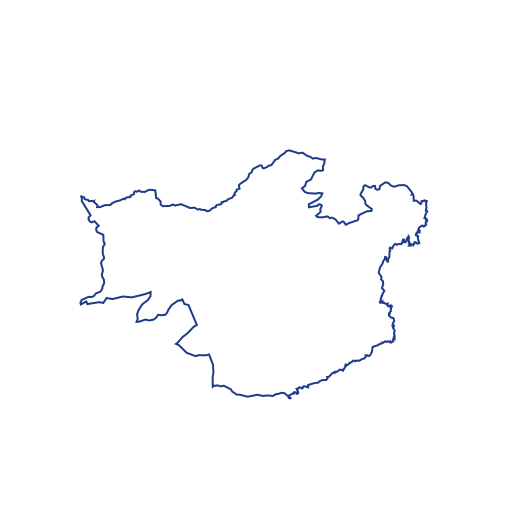 the district of Ho Municipal, Volta, Ghana, rotated 56°
{"feature_id": "2480657B35240131522033", "entity_name": "Ho Municipal", "entity_type": "district", "adm_level": 2, "iso_a3": "GHA", "parent_name": "Ghana", "parent_adm1": "Volta", "projection": "natural_earth1", "projection_center": [0.554, 6.677], "detail": "fine", "context": "isolated", "style": "outline", "palette": "blue", "viewbox_px": 512, "rotation_deg": 56, "n_neighbors": 0, "source": "geoboundaries", "source_scale": "gbopen_adm2", "svg_char_len": 6136}
<svg xmlns="http://www.w3.org/2000/svg" viewBox="0 0 512 512"><g transform="rotate(56 256 256)"><path d="M390.1,307.9L390.5,303.1L391.2,301.7L390.4,301.5L390.2,300.4L391.7,299.1L392.9,299.3L393.5,298.6L392.7,297.1L389.8,296.8L389.6,295.8L389.0,296.2L389.3,293.2L391.5,292.0L391.5,290.9L390.6,290.2L391.0,288.8L394.0,286.2L392.3,285.3L392.7,284.8L392.3,284.2L394.2,278.2L395.8,275.2L395.4,273.0L396.0,270.3L398.0,267.3L397.6,265.3L396.1,264.8L396.9,263.1L395.8,258.3L395.9,257.1L396.9,256.2L396.1,255.4L397.2,253.9L397.1,249.9L399.6,248.0L398.7,247.4L399.1,246.5L397.7,244.0L396.4,242.7L397.3,242.6L396.8,241.8L397.5,241.0L397.4,238.5L396.9,238.0L397.5,236.3L397.1,234.1L397.6,233.1L398.7,232.7L399.2,230.6L400.6,229.1L400.7,225.6L401.5,223.6L400.8,221.2L399.8,220.7L400.6,220.2L400.5,219.2L401.9,218.6L402.2,217.1L400.2,213.4L396.6,210.1L398.2,204.6L398.0,203.0L398.8,201.3L398.1,199.9L399.1,199.1L398.9,196.8L400.4,195.6L400.3,194.7L401.3,193.8L401.7,192.4L402.4,192.7L402.3,191.7L402.9,192.7L403.4,192.3L403.4,189.8L401.8,188.9L402.4,188.0L401.5,187.9L401.8,187.0L400.5,186.3L399.9,186.7L399.2,185.4L397.2,184.8L395.5,182.8L392.0,182.5L391.7,181.5L390.9,181.7L391.3,181.1L390.8,180.6L388.5,180.6L387.5,178.2L386.6,177.5L384.3,176.8L382.1,178.7L379.6,179.1L378.3,178.1L378.6,177.4L377.7,177.2L377.2,175.1L376.0,174.5L373.5,171.3L373.0,171.4L373.1,172.9L372.2,172.4L371.8,174.3L370.9,174.8L369.1,173.4L368.6,175.0L366.6,175.9L365.8,177.2L364.3,176.4L364.3,179.1L363.7,179.3L361.3,176.1L360.6,175.9L359.4,173.6L359.0,173.7L356.6,169.1L353.0,169.5L350.5,166.3L347.9,164.9L345.3,165.4L343.7,163.7L338.4,163.6L334.8,159.5L333.1,155.4L331.3,153.2L330.6,151.0L329.0,149.5L329.9,148.7L331.4,149.7L334.3,150.2L334.4,149.5L332.7,148.5L331.4,146.0L327.2,142.9L326.6,141.6L324.9,141.4L324.0,140.2L325.9,138.8L324.3,136.2L323.8,134.2L324.1,133.4L325.4,133.0L326.4,129.6L327.4,129.1L326.8,126.6L326.0,126.7L324.6,124.8L325.3,124.1L326.1,125.2L326.2,124.6L327.6,125.1L328.1,124.7L327.1,121.2L326.2,121.4L324.9,118.5L326.6,118.8L327.1,119.9L330.0,121.7L329.9,121.0L330.3,121.0L332.4,122.2L332.9,123.4L333.8,122.2L333.1,121.9L333.0,120.7L334.8,119.7L334.3,119.4L334.5,118.2L333.2,116.9L333.8,116.0L336.1,115.2L336.6,113.4L331.9,112.0L330.2,110.5L328.8,111.7L327.7,111.7L327.6,110.6L326.1,110.0L326.7,110.0L326.3,108.5L327.0,108.7L326.9,107.6L327.8,107.2L326.5,106.1L325.1,106.8L323.6,104.7L323.7,101.1L325.4,100.4L325.1,99.0L325.6,98.4L325.0,97.4L323.3,96.8L322.6,94.3L321.1,94.2L321.0,94.7L320.3,93.9L318.8,95.2L315.7,91.3L314.9,89.2L313.9,89.0L313.4,89.8L311.0,87.5L307.4,85.6L305.9,83.7L304.1,85.3L304.5,85.8L303.1,88.0L304.2,88.8L305.0,90.5L299.7,92.1L298.4,94.4L295.0,92.1L292.5,91.4L292.1,92.5L291.3,91.3L289.6,91.2L282.7,91.8L280.2,93.3L277.3,97.9L275.7,102.9L273.1,104.7L269.5,105.4L267.3,107.5L267.2,113.6L269.5,116.3L269.3,117.7L268.3,118.9L266.8,119.4L264.5,118.1L263.4,119.7L263.6,122.1L262.8,123.4L258.5,125.8L258.1,126.7L258.6,128.2L260.9,130.1L263.2,134.8L264.2,135.4L268.2,134.5L271.6,134.8L273.7,136.0L275.3,136.1L281.9,133.7L283.3,135.3L281.0,138.8L279.9,145.9L279.7,148.4L282.5,150.4L283.2,151.7L280.7,160.5L280.4,164.0L276.6,164.2L275.7,164.9L275.6,169.1L269.8,169.7L266.5,171.7L265.8,173.8L263.4,174.4L262.8,175.2L261.2,179.2L258.2,183.3L256.3,183.7L255.6,178.1L255.0,177.3L253.4,176.8L251.2,173.4L250.1,173.3L248.4,174.7L248.5,177.5L245.2,184.9L242.7,183.3L243.8,173.4L243.0,168.8L241.2,166.0L238.6,169.0L237.8,171.4L232.9,177.8L230.0,179.8L225.5,180.1L225.4,176.2L222.7,172.8L223.3,167.7L219.4,160.8L219.6,156.8L222.1,154.0L222.3,152.4L219.0,150.3L218.0,148.2L214.5,145.0L213.1,147.1L208.1,151.7L207.1,154.4L204.6,155.3L201.2,157.8L196.5,159.5L194.9,163.0L187.0,169.3L185.9,172.5L186.6,173.9L186.7,180.4L187.6,182.9L187.0,186.3L189.3,192.5L188.2,194.9L188.4,197.2L187.7,200.6L186.9,201.2L184.0,200.8L183.0,202.4L182.2,209.3L182.9,211.4L184.2,212.8L184.2,215.7L186.3,218.2L187.4,221.2L187.3,228.6L187.8,230.7L191.0,232.0L190.2,234.9L191.5,236.0L191.3,237.0L192.4,239.4L193.6,239.4L193.4,241.1L194.3,243.0L193.3,248.1L193.9,249.4L192.8,252.1L193.0,253.2L192.1,254.2L193.6,255.8L191.9,259.8L192.0,261.2L192.9,262.0L192.0,265.4L192.5,269.4L191.4,271.7L189.6,272.3L186.7,275.9L185.7,276.3L184.9,278.3L181.6,279.9L179.4,283.8L171.2,289.1L168.7,295.2L167.0,295.9L166.1,299.8L162.5,305.5L159.9,306.2L157.5,304.6L153.5,305.3L152.2,306.4L145.3,302.8L142.5,306.0L141.2,307.9L140.8,312.2L138.4,315.5L136.4,316.2L136.1,318.9L134.9,319.6L134.9,321.4L136.5,322.7L135.8,326.3L136.9,327.1L134.9,331.0L135.5,333.1L134.3,334.0L134.0,337.3L132.3,342.1L131.8,345.8L132.2,348.3L129.3,353.0L128.4,357.7L126.6,360.4L125.2,359.0L120.7,360.1L120.1,359.6L120.2,360.3L118.7,360.9L117.2,363.8L115.9,363.8L113.1,366.2L111.1,365.7L109.8,367.4L113.0,369.7L129.8,370.4L130.3,373.1L131.9,374.3L134.5,374.4L136.2,373.5L136.9,370.5L143.0,369.5L143.3,372.5L145.1,374.0L147.5,374.2L153.0,370.7L158.4,374.1L161.5,374.7L163.0,378.0L168.2,381.7L172.2,382.8L173.3,383.7L173.6,385.8L175.0,388.4L182.2,390.8L185.4,394.3L187.2,395.1L190.5,395.3L193.5,396.9L195.6,400.5L197.2,401.7L198.5,405.0L197.5,409.8L198.6,413.0L197.9,415.6L196.3,417.5L194.9,425.0L196.6,427.7L198.2,428.3L198.8,422.2L201.6,422.6L206.6,411.8L209.5,408.9L207.3,403.3L211.4,399.1L215.2,388.9L220.9,382.0L225.8,368.7L227.0,363.5L230.2,365.9L232.0,369.9L232.5,377.5L235.4,384.1L237.9,387.2L242.2,389.4L243.7,391.8L244.7,390.7L247.0,383.0L249.6,380.8L251.5,376.4L251.3,373.4L250.0,370.0L252.0,367.9L254.0,364.3L253.4,361.7L251.4,358.4L249.5,353.2L249.4,346.4L249.8,344.3L250.8,343.4L250.7,341.4L255.8,342.2L258.9,339.4L280.1,343.6L279.9,347.4L281.8,356.3L282.1,362.1L284.0,369.1L284.1,371.5L287.0,369.7L297.5,367.6L304.6,362.6L305.6,361.4L305.9,359.4L310.6,352.6L311.4,350.0L322.0,352.4L328.9,356.5L332.4,359.9L340.2,364.9L340.1,363.1L341.2,361.9L341.5,360.5L344.3,358.2L345.5,355.3L352.4,351.4L355.1,351.5L360.2,349.4L361.8,347.1L368.0,341.6L371.9,332.3L375.9,328.5L378.2,324.2L381.5,320.3L381.7,316.4L382.7,315.0L383.7,311.3L385.6,309.1L390.1,307.9ZM393.8,306.4L390.1,307.9L392.3,308.1L393.8,306.4ZM108.6,368.5L109.1,367.3L108.7,367.5L108.6,368.5Z" fill="none" stroke="#1e3a8a" stroke-width="2"/></g></svg>